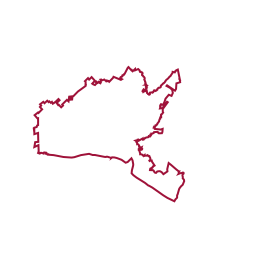 outline of Carmen, Campeche, Mexico, rotated 220°
{"feature_id": "50627088B86783514296689", "entity_name": "Carmen", "entity_type": "district", "adm_level": 2, "iso_a3": "MEX", "parent_name": "Mexico", "parent_adm1": "Campeche", "projection": "equal_earth", "projection_center": [-91.727, 18.453], "detail": "fine", "context": "isolated", "style": "outline", "palette": "rose", "viewbox_px": 256, "rotation_deg": 220, "n_neighbors": 0, "source": "geoboundaries", "source_scale": "gbopen_adm2", "svg_char_len": 5941}
<svg xmlns="http://www.w3.org/2000/svg" viewBox="0 0 256 256"><g transform="rotate(220 128 128)"><path d="M207.8,77.8L203.4,77.1L203.1,77.6L198.7,72.4L199.2,71.5L198.6,70.0L200.0,68.0L200.1,67.3L199.0,66.3L199.0,66.8L195.8,63.1L193.7,66.4L187.8,59.7L190.0,57.5L187.5,53.2L185.6,57.3L181.5,52.8L180.9,51.3L180.5,51.6L180.5,51.2L179.2,51.6L178.5,53.2L178.1,53.5L176.4,54.1L176.6,54.7L176.6,55.2L176.2,55.6L175.6,55.7L175.1,56.4L174.3,56.4L174.2,55.6L173.6,56.0L172.9,55.9L172.3,56.5L172.1,56.2L167.4,59.5L158.8,64.3L152.2,69.1L150.4,71.1L146.6,77.0L141.2,83.2L137.7,84.6L136.1,86.0L127.4,90.8L126.3,91.6L126.1,92.1L125.2,92.8L121.6,94.3L121.4,94.5L121.3,95.2L121.4,94.7L121.5,95.0L121.2,95.4L119.5,96.7L117.3,97.8L112.5,99.5L107.5,99.9L106.4,101.7L105.9,107.0L103.7,106.1L100.7,103.6L99.9,102.5L97.8,98.1L96.1,95.6L93.5,95.3L89.6,95.5L79.7,96.9L75.4,97.0L74.8,97.3L71.0,98.0L57.8,99.1L52.8,99.8L45.4,101.7L45.8,103.9L45.6,105.6L45.7,106.3L47.1,108.0L47.4,109.2L49.6,114.1L49.8,115.2L49.9,117.4L49.6,119.7L50.8,123.4L52.0,124.4L53.7,124.6L54.6,125.8L55.6,126.4L56.2,127.4L56.1,128.8L56.7,129.4L57.3,129.2L58.0,127.9L58.9,127.0L59.8,125.3L59.9,126.0L61.0,126.9L61.0,127.6L61.3,127.4L64.4,127.3L71.5,127.4L74.3,127.3L71.5,121.7L69.9,120.1L71.2,115.4L73.8,115.8L75.5,115.5L76.3,115.0L77.4,113.8L77.7,113.3L77.6,111.8L78.3,111.2L79.4,111.2L80.9,111.8L81.6,111.8L84.1,109.9L84.7,110.9L84.8,111.3L84.4,112.1L83.8,112.1L84.1,112.9L84.1,113.2L83.9,113.1L83.8,113.5L84.1,115.0L83.9,115.1L83.5,116.3L88.2,117.7L88.9,118.3L89.5,117.6L90.3,117.6L90.4,116.7L90.7,116.8L90.5,117.8L90.8,118.6L92.3,119.7L93.6,119.8L93.8,120.2L94.1,120.1L94.1,120.4L94.4,119.7L95.5,119.8L95.7,118.9L96.5,118.6L97.2,117.5L97.7,117.6L97.8,117.3L98.0,117.6L98.1,117.1L98.9,116.5L99.7,116.8L101.4,116.1L101.8,115.7L102.4,116.4L105.1,118.1L105.6,118.0L105.8,118.2L105.9,118.8L106.3,118.9L106.3,120.1L106.5,120.7L106.3,121.0L105.6,121.1L105.4,121.2L105.6,121.0L105.2,120.5L105.3,120.1L104.9,119.6L104.4,119.3L103.6,120.1L103.5,120.6L103.7,121.2L105.1,121.6L105.2,121.9L105.5,121.2L106.2,121.1L106.4,121.0L107.3,121.3L107.7,121.0L108.3,121.7L109.3,122.0L110.3,121.9L110.6,121.5L111.5,122.5L112.1,122.5L112.2,122.8L112.5,122.7L113.5,123.3L114.1,123.2L113.9,123.5L113.5,123.6L113.3,124.4L112.8,124.8L113.0,125.4L112.6,125.9L112.4,125.9L112.6,125.7L112.3,125.6L112.1,124.9L111.7,124.9L110.1,129.3L109.5,129.1L109.0,128.7L108.6,129.2L108.9,130.2L108.6,130.1L108.0,132.4L106.6,133.9L106.5,134.3L106.8,134.9L107.7,134.8L105.7,135.7L106.0,137.1L106.4,137.3L106.2,137.5L106.3,137.8L105.8,137.6L106.0,139.3L105.1,140.5L105.4,141.6L103.0,143.9L102.5,143.9L102.1,144.1L101.6,143.7L100.9,143.8L98.7,145.8L98.8,146.3L99.1,147.1L100.9,149.6L101.9,147.9L106.9,144.5L107.9,145.4L108.5,145.4L108.4,145.2L108.6,144.9L108.8,145.2L108.8,146.0L108.1,146.4L108.3,147.3L108.6,147.8L108.1,148.2L108.0,148.9L108.0,149.7L108.4,150.2L108.3,152.0L108.6,152.8L108.5,153.2L109.2,154.3L109.2,155.0L109.6,155.6L109.4,156.0L110.0,156.6L110.0,156.9L109.6,157.4L109.8,157.5L110.0,158.0L110.3,158.0L110.3,158.6L111.1,159.1L111.3,159.6L110.9,161.0L111.1,162.0L111.0,162.4L111.8,162.8L113.6,164.9L114.1,173.3L115.0,173.2L114.7,168.4L114.3,165.5L116.1,163.5L117.3,166.1L117.7,165.8L117.9,166.2L118.0,167.5L116.0,168.1L116.8,171.3L118.1,174.6L118.1,175.3L118.1,179.7L115.3,180.6L116.2,183.7L118.7,185.6L121.3,185.8L125.5,185.0L125.5,185.8L116.0,186.8L116.3,188.8L119.6,193.3L117.5,196.6L118.8,197.8L118.8,198.1L120.1,198.5L120.0,198.9L127.4,204.8L128.0,203.5L127.8,203.4L128.3,201.8L128.1,201.6L127.9,200.7L129.9,199.7L129.3,198.8L129.0,195.7L128.8,194.9L129.1,194.4L129.2,193.7L129.1,193.2L129.2,191.2L129.6,189.5L129.4,187.7L129.5,187.5L129.3,187.1L129.3,185.8L129.6,185.3L129.5,184.9L129.8,184.3L129.7,183.3L130.0,182.1L129.9,181.3L129.3,180.6L129.3,180.0L129.7,179.1L130.3,178.7L130.5,178.2L130.6,176.9L130.5,176.4L130.2,176.2L130.3,175.9L130.2,175.9L130.3,175.0L130.9,173.8L131.4,173.7L131.9,173.9L132.2,173.7L132.0,172.2L131.7,171.8L131.7,171.5L132.0,170.8L132.4,170.9L133.9,169.2L132.9,167.8L133.2,167.1L133.9,167.3L134.5,166.9L135.6,167.3L135.9,167.1L137.7,168.7L138.7,166.9L139.1,166.8L139.1,166.4L139.4,166.1L139.5,165.5L139.8,165.7L140.1,165.6L140.1,165.4L140.4,165.4L140.8,166.2L140.6,166.7L140.9,167.4L140.9,167.6L139.6,167.5L139.4,170.8L140.5,170.8L140.6,171.2L140.8,171.3L140.6,171.7L140.9,171.8L140.7,172.1L140.9,172.4L140.7,172.4L140.7,172.6L140.9,172.5L141.6,172.8L142.2,172.4L142.1,172.6L142.5,172.6L142.6,173.1L143.3,173.1L143.5,173.7L144.0,174.3L144.5,174.3L146.1,175.5L146.6,175.5L147.2,176.9L147.7,177.2L148.6,177.4L149.3,177.3L149.8,177.6L151.1,177.5L151.7,178.1L151.7,178.7L152.0,179.3L152.5,179.6L153.1,179.6L153.5,179.2L154.2,179.3L154.5,178.9L155.0,178.7L156.2,179.6L158.1,179.7L159.6,176.8L160.5,177.7L160.9,174.4L162.1,174.5L162.1,174.8L162.5,174.9L162.6,174.4L166.8,175.0L166.9,174.0L165.4,167.4L165.6,166.9L165.3,166.4L165.7,166.0L165.8,165.5L165.7,164.9L165.9,164.8L165.6,164.4L165.6,163.8L165.9,163.6L165.8,163.2L166.3,162.3L166.1,161.1L164.0,161.5L164.4,160.3L172.0,157.9L171.7,156.8L172.1,151.3L173.2,151.5L174.4,150.0L175.0,150.6L175.5,149.8L177.3,149.9L178.6,147.7L179.7,147.9L180.1,147.4L179.0,147.1L179.1,145.7L178.2,145.6L177.9,144.5L179.5,144.1L179.6,144.5L180.1,144.6L180.3,143.0L182.1,143.2L182.2,142.5L180.8,142.3L180.9,139.7L182.6,139.1L183.9,139.0L183.7,142.9L188.6,143.6L188.9,140.1L190.7,140.5L191.1,136.2L190.1,136.1L187.9,133.3L187.8,133.5L187.5,133.0L189.8,123.8L190.3,117.3L190.9,116.6L189.1,113.9L191.0,112.0L191.9,113.3L190.9,114.4L191.7,115.8L193.2,114.2L190.7,110.2L192.1,110.3L192.2,110.1L192.9,110.2L193.5,103.7L192.2,103.4L192.5,100.9L196.1,101.3L196.2,100.7L198.7,101.3L198.3,105.3L199.9,105.5L200.3,101.7L201.0,99.0L201.3,98.9L201.0,98.9L201.2,98.3L203.1,99.1L203.3,97.7L205.4,97.8L205.5,96.8L207.4,97.0L207.9,93.3L209.7,93.6L210.6,89.6L208.9,89.3L209.0,87.5L205.8,87.1L206.2,82.0L206.9,82.1L207.8,77.8Z" fill="none" stroke="#9f1239" stroke-width="2"/></g></svg>